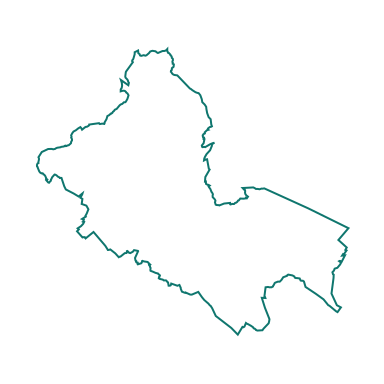 outline of Almoloya, Hidalgo, Mexico, rotated 262°
{"feature_id": "50627088B66960340766478", "entity_name": "Almoloya", "entity_type": "district", "adm_level": 2, "iso_a3": "MEX", "parent_name": "Mexico", "parent_adm1": "Hidalgo", "projection": "robinson", "projection_center": [-98.314, 19.738], "detail": "fine", "context": "isolated", "style": "outline", "palette": "teal", "viewbox_px": 384, "rotation_deg": 262, "n_neighbors": 0, "source": "geoboundaries", "source_scale": "gbopen_adm2", "svg_char_len": 5954}
<svg xmlns="http://www.w3.org/2000/svg" viewBox="0 0 384 384"><g transform="rotate(262 192 192)"><path d="M263.8,218.9L268.0,218.0L272.1,217.8L274.4,217.9L276.9,216.7L279.5,214.7L282.5,214.6L286.7,213.7L289.0,212.3L289.4,211.1L290.3,209.4L292.8,206.5L294.1,205.3L294.8,204.3L309.5,193.7L310.4,190.7L311.3,189.4L312.3,188.7L313.5,188.3L314.0,187.8L315.1,188.1L315.7,189.0L317.4,189.3L318.0,190.1L318.1,190.7L318.6,191.2L320.9,191.8L321.7,190.7L322.8,191.0L323.3,190.7L324.1,190.8L325.2,191.5L326.7,191.5L327.6,190.7L329.1,190.7L330.5,189.7L330.9,189.8L332.8,188.5L333.0,187.8L333.5,187.5L334.3,187.5L335.0,187.1L337.0,187.4L335.8,185.9L335.5,184.4L335.7,182.4L334.4,177.6L335.2,176.5L336.4,175.5L337.3,172.6L337.2,171.4L336.9,170.1L335.5,168.7L333.7,165.9L333.5,164.7L334.2,163.3L333.9,160.6L334.5,159.5L335.8,159.3L336.9,158.2L339.6,158.3L338.4,154.7L336.4,154.4L332.6,152.7L331.5,152.1L331.0,151.4L330.0,150.9L328.8,151.5L320.4,143.4L319.8,143.1L315.7,142.0L314.5,142.1L312.4,143.6L311.4,144.0L309.9,144.2L308.9,144.7L306.6,143.8L312.8,137.2L309.9,137.7L307.1,137.6L304.9,136.9L303.5,135.7L301.6,135.4L301.9,137.4L301.7,138.9L301.3,139.7L300.4,140.5L299.8,140.6L298.6,141.8L296.6,142.6L293.2,141.0L290.7,139.1L290.2,138.5L290.3,137.0L289.0,135.3L288.6,133.6L287.9,132.4L284.8,129.0L284.2,127.0L282.9,125.8L282.5,124.9L281.4,124.1L281.1,123.5L281.2,123.0L280.4,122.2L280.4,121.6L279.6,120.6L279.0,118.8L276.1,117.5L272.9,115.0L272.2,115.0L271.6,114.6L272.2,112.6L272.1,110.2L272.4,109.8L273.1,109.5L273.1,99.6L272.5,99.5L271.9,98.7L271.2,96.9L271.3,95.9L271.1,95.3L269.0,91.8L270.7,91.2L271.8,90.5L270.9,88.3L269.3,85.6L268.4,83.1L267.0,81.7L264.9,80.2L263.4,80.4L262.6,79.9L261.9,80.3L260.8,80.5L259.7,80.3L258.7,79.4L257.1,78.9L255.5,76.5L255.4,74.9L255.0,74.2L255.0,73.4L255.5,73.1L255.4,72.3L254.9,71.5L254.9,68.7L254.6,68.1L254.6,64.7L254.2,63.3L253.7,62.3L253.6,60.5L254.2,59.1L254.6,55.5L252.5,48.8L247.8,44.8L246.7,45.1L245.6,45.0L242.6,43.9L242.1,44.0L241.7,43.0L241.4,42.8L240.3,42.2L238.9,42.1L238.0,42.7L237.6,42.6L233.7,43.6L232.4,44.3L231.4,45.5L231.5,45.8L231.3,46.7L231.0,47.0L230.1,47.3L229.7,48.1L228.3,48.9L226.1,49.5L225.4,49.3L225.3,49.7L224.4,50.5L223.8,50.0L223.7,49.5L221.5,50.9L221.2,51.4L221.1,51.9L221.8,52.4L222.8,53.8L224.0,54.1L224.6,54.7L226.0,55.5L228.4,58.3L228.1,59.2L227.3,60.2L225.8,61.4L224.9,62.8L224.3,63.0L224.1,64.7L215.4,66.3L212.1,67.4L206.9,74.7L203.3,79.1L205.9,83.4L204.8,82.9L201.9,80.7L200.4,82.5L195.5,81.1L193.2,85.5L189.3,87.0L185.4,84.8L183.1,83.1L182.4,83.4L180.6,79.4L179.7,81.0L178.5,80.4L177.8,80.9L177.5,80.0L176.9,80.7L175.6,79.8L173.6,77.3L171.9,73.7L170.7,74.7L169.1,72.7L162.3,77.2L162.5,77.8L162.2,78.8L161.8,79.3L162.1,79.6L161.6,80.3L161.0,80.4L166.1,88.9L150.7,98.7L147.8,100.0L146.3,100.6L146.2,101.5L146.5,103.1L141.9,107.5L137.6,110.4L138.0,111.3L138.0,112.2L140.8,116.9L140.7,118.6L141.0,119.0L142.5,119.3L142.6,119.7L141.9,120.4L140.5,121.3L140.1,122.4L141.1,125.1L142.5,126.5L141.2,130.3L140.9,130.4L134.6,126.4L132.2,126.5L131.5,127.1L130.9,126.8L130.2,127.1L129.7,128.4L128.6,128.6L128.3,128.1L127.9,128.3L128.5,131.9L129.6,132.7L130.6,133.0L130.7,133.4L130.0,134.6L128.9,138.3L126.3,140.2L126.3,139.3L125.3,139.4L124.5,140.1L123.6,140.0L122.6,140.4L120.5,139.9L119.7,140.0L118.7,141.9L117.0,144.6L116.0,147.0L115.5,147.2L114.3,148.4L113.7,148.6L113.0,148.0L112.6,148.0L112.4,147.5L111.2,147.1L110.4,148.0L109.3,150.9L108.4,151.7L108.1,153.8L107.9,154.2L106.0,155.3L105.8,155.7L102.5,155.8L102.3,157.0L102.5,157.8L103.0,158.2L104.2,158.7L101.2,164.5L101.7,166.6L98.7,167.5L97.7,167.4L94.7,168.2L93.3,170.7L92.9,171.8L93.2,171.9L90.7,175.9L90.4,177.5L92.2,184.3L86.3,187.3L83.2,189.2L79.1,192.8L77.2,193.9L76.7,194.6L74.1,195.8L65.9,198.3L51.9,212.0L44.4,217.5L51.4,223.2L50.9,224.1L51.4,225.2L54.8,227.2L53.7,228.3L53.4,229.0L51.2,231.9L49.5,233.7L48.4,234.1L48.0,235.0L46.8,236.1L46.5,236.1L45.7,237.4L45.3,242.5L46.7,243.8L51.3,249.6L53.2,250.4L55.3,251.0L67.3,248.1L77.5,246.4L76.8,249.9L77.9,249.7L78.6,249.2L87.4,251.6L87.4,254.0L86.8,255.6L86.6,257.6L87.2,259.1L88.0,259.4L88.7,260.2L90.2,261.1L90.6,261.7L91.3,264.6L91.0,266.4L92.4,268.3L94.9,270.5L95.6,273.8L95.9,274.0L95.9,274.7L96.6,275.2L96.8,275.8L95.4,279.9L94.1,281.6L92.9,281.9L92.3,282.9L92.2,283.8L91.4,286.6L89.3,287.2L89.0,287.6L88.7,289.4L87.8,290.4L82.2,291.2L74.0,300.4L67.4,307.3L60.9,311.2L60.3,312.2L53.8,318.1L52.8,319.4L57.0,323.4L59.7,319.7L72.0,316.0L87.2,320.2L90.4,320.8L90.9,320.2L93.0,319.9L94.4,321.6L96.1,322.5L96.3,322.8L96.7,325.4L99.6,328.6L101.3,329.8L103.0,328.1L103.2,328.6L103.1,329.2L102.1,330.5L108.0,334.7L108.1,331.8L109.5,333.0L109.1,333.6L112.6,336.9L113.3,335.8L115.5,337.5L124.1,330.3L134.4,341.9L159.7,304.7L185.5,264.1L185.5,262.1L185.7,261.3L185.3,259.3L185.9,257.5L186.1,255.8L187.3,254.4L188.0,253.3L188.9,242.7L187.0,244.0L186.8,244.6L186.4,244.8L185.0,244.7L184.0,244.4L182.4,244.6L181.0,245.4L179.6,246.8L178.1,245.4L178.7,244.6L178.2,244.4L178.2,242.2L178.8,238.9L177.2,237.2L177.1,236.4L176.0,235.5L175.3,234.3L175.2,233.2L174.3,232.1L174.3,231.4L174.6,230.4L174.3,228.4L174.5,228.1L175.9,228.2L176.1,222.2L174.9,217.2L175.2,216.9L175.7,214.5L176.2,213.7L178.7,213.3L180.0,214.0L180.9,213.8L182.1,213.2L184.0,211.8L185.5,211.9L186.9,212.4L188.7,211.8L189.4,211.3L192.4,210.6L194.2,209.6L195.3,209.2L195.9,210.4L196.8,209.3L197.0,208.4L198.1,207.0L200.5,207.2L200.5,206.3L205.0,207.3L211.8,212.6L212.7,211.9L222.3,211.5L222.2,210.0L221.6,208.3L223.4,208.8L224.8,209.6L227.5,211.7L230.8,215.7L234.9,218.1L235.9,218.3L236.7,218.8L237.7,221.1L237.5,219.4L236.8,216.7L234.6,211.3L235.0,210.3L234.9,208.8L235.3,208.3L236.7,208.2L238.7,210.3L241.8,211.4L242.6,210.9L242.9,211.7L244.2,211.5L244.5,210.6L246.2,210.4L246.8,210.6L246.9,210.9L247.7,211.4L248.2,212.9L249.3,212.9L251.3,215.7L251.2,216.1L251.3,216.8L251.6,216.5L252.2,216.4L252.7,216.7L253.8,218.6L254.0,220.3L254.3,220.9L256.1,220.5L261.5,220.6L263.8,218.9Z" fill="none" stroke="#0f766e" stroke-width="2"/></g></svg>